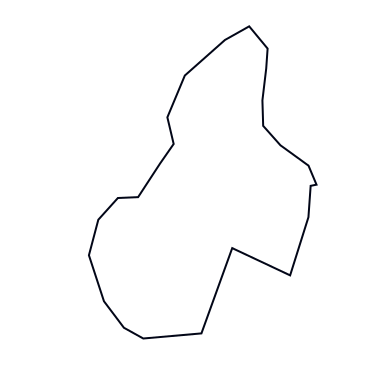 the border of Moka, rotated 70°
{"feature_id": "MUS-5186", "entity_name": "Moka", "entity_type": "District", "adm_level": 1, "iso_a3": "MUS", "parent_name": "Mauritius", "parent_adm1": "", "projection": "mercator", "projection_center": [57.579, -20.265], "detail": "fine", "context": "isolated", "style": "outline", "palette": "ink", "viewbox_px": 384, "rotation_deg": 70, "n_neighbors": 0, "source": "natural_earth", "source_scale": "10m", "svg_char_len": 474}
<svg xmlns="http://www.w3.org/2000/svg" viewBox="0 0 384 384"><g transform="rotate(70 192 192)"><path d="M227.7,72.5L226.8,78.4L255.5,91.2L303.9,128.3L258.5,173.4L328.1,231.5L313.0,287.9L296.3,302.4L264.6,312.1L216.2,310.5L186.0,289.5L172.3,263.7L178.4,244.4L154.2,212.1L140.6,192.8L113.4,189.6L80.1,158.9L60.4,109.0L55.9,81.6L83.1,71.9L101.3,80.0L130.0,94.5L140.9,98.1L154.2,102.5L178.4,92.9L207.1,73.5L227.7,72.5Z" fill="none" stroke="#020617" stroke-width="2"/></g></svg>